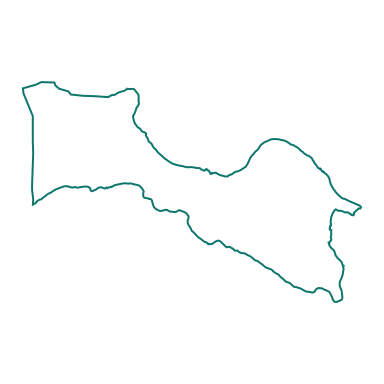 outline of South Epi, Shefa, Vanuatu
{"feature_id": "77236927B82266009819224", "entity_name": "South Epi", "entity_type": "district", "adm_level": 2, "iso_a3": "VUT", "parent_name": "Vanuatu", "parent_adm1": "Shefa", "projection": "natural_earth1", "projection_center": [168.409, -16.787], "detail": "fine", "context": "isolated", "style": "outline", "palette": "teal", "viewbox_px": 384, "rotation_deg": 0, "n_neighbors": 0, "source": "geoboundaries", "source_scale": "gbopen_adm2", "svg_char_len": 6040}
<svg xmlns="http://www.w3.org/2000/svg" viewBox="0 0 384 384"><path d="M112.3,94.8L108.0,97.1L95.1,96.2L82.9,95.8L70.8,94.5L68.4,91.4L59.1,88.7L55.5,85.6L54.4,82.5L41.4,82.1L35.6,84.8L23.0,88.3L23.4,93.1L32.8,116.1L32.8,142.1L33.2,153.1L32.1,184.4L32.1,190.1L33.2,199.4L32.9,204.6L35.8,202.9L37.3,201.1L38.4,200.3L39.8,199.6L41.3,199.3L43.2,197.6L44.6,196.5L46.2,195.4L47.2,194.4L49.1,193.4L51.0,192.5L53.1,191.0L55.9,189.4L58.7,188.3L59.6,188.1L61.2,187.3L64.2,186.3L65.7,186.2L67.7,186.2L69.0,186.9L70.0,186.9L71.2,187.4L72.2,187.5L75.5,187.1L77.7,187.7L83.1,186.7L85.1,186.6L88.0,186.7L89.1,187.4L89.8,187.8L90.4,189.2L90.7,190.4L91.2,191.0L91.9,191.2L93.2,190.8L96.1,189.5L97.2,188.6L98.5,187.8L100.2,187.4L101.3,187.3L104.9,188.5L105.5,188.2L106.3,187.5L106.9,187.7L107.3,188.1L107.6,187.7L109.7,187.4L110.3,187.1L110.5,186.9L111.1,186.7L111.6,187.0L114.7,185.2L117.7,184.5L119.8,184.1L123.0,183.4L125.0,183.3L128.6,183.6L129.9,183.4L131.2,183.5L133.7,184.2L137.3,185.0L139.3,185.6L141.5,187.8L142.7,189.5L143.7,191.4L143.3,193.0L143.1,195.3L143.6,197.1L144.9,197.9L148.2,198.4L149.0,199.0L149.9,198.9L151.1,199.3L152.0,200.6L152.2,201.8L153.2,205.2L153.9,206.9L155.3,208.5L156.6,209.4L159.5,210.8L161.0,211.0L165.5,209.8L167.2,210.0L169.7,211.5L170.7,211.5L175.2,212.2L177.1,211.3L178.7,210.3L179.6,210.4L180.4,210.5L181.4,211.0L184.3,212.0L186.2,213.1L188.3,215.9L188.6,216.9L188.6,217.8L188.3,218.8L187.8,219.8L187.6,221.4L187.8,223.0L188.4,224.9L189.3,226.1L190.5,227.9L191.2,229.7L192.2,231.3L193.3,232.0L196.5,235.5L197.9,236.8L199.3,238.1L200.7,238.8L202.3,240.2L204.9,242.1L206.3,242.3L208.1,243.6L209.4,243.9L209.2,244.1L211.0,244.1L212.3,243.8L215.2,241.8L216.2,241.2L218.3,240.6L219.5,240.9L220.6,241.6L221.3,242.3L223.0,243.9L225.3,246.2L226.3,247.1L227.5,247.2L228.8,246.8L229.8,246.9L231.6,248.1L232.7,248.5L234.6,250.5L237.5,250.7L239.2,252.2L240.2,252.5L241.0,253.1L244.3,253.3L246.0,254.1L247.7,255.2L249.0,255.7L250.6,256.5L253.5,258.8L254.7,260.1L255.9,260.6L257.5,260.9L260.0,263.0L261.9,264.1L265.0,266.9L266.6,267.8L270.9,269.3L272.2,270.1L273.0,271.2L273.8,271.8L276.2,273.5L277.8,274.1L278.8,274.9L279.5,275.9L280.7,277.1L282.0,278.0L285.2,280.9L286.0,281.8L287.1,282.1L288.5,282.5L290.2,283.4L292.8,285.8L294.2,286.9L295.3,287.1L296.5,287.2L299.7,288.2L301.4,288.9L303.3,290.1L305.1,291.0L307.2,291.8L308.8,291.8L310.1,292.0L311.9,292.6L313.4,292.4L314.6,291.7L315.1,290.6L316.1,289.3L318.4,288.0L318.9,288.0L319.2,288.2L321.9,288.3L324.1,289.6L325.7,290.1L328.4,291.4L329.2,291.9L330.0,293.0L331.1,295.2L332.1,297.3L332.7,299.2L333.7,300.9L334.9,301.9L336.7,301.8L339.3,301.0L340.2,300.3L341.2,300.0L342.0,299.2L342.3,298.2L342.4,297.1L341.7,291.3L341.3,289.7L340.6,288.5L339.6,285.2L339.7,283.4L339.9,281.6L341.7,277.7L342.1,276.2L342.7,274.8L343.0,271.9L343.5,269.8L343.5,268.2L343.2,267.0L343.7,265.8L343.2,265.4L342.8,265.5L342.4,264.6L342.1,263.3L341.5,262.1L340.7,261.0L337.4,257.8L336.6,256.6L335.7,255.6L334.4,251.4L333.6,250.2L331.0,247.7L330.2,246.6L329.2,244.9L328.9,243.8L328.7,243.0L329.2,243.1L329.5,242.8L329.5,241.9L329.8,241.4L330.4,241.3L330.8,240.9L331.3,239.7L331.3,239.0L330.9,238.1L330.8,237.3L330.8,236.5L331.0,235.7L331.3,235.2L331.2,232.0L331.3,230.1L330.6,229.5L329.9,229.6L329.7,229.0L329.7,228.1L330.0,227.7L330.1,227.1L330.0,226.3L330.3,225.6L331.0,225.4L331.1,224.8L331.0,223.9L330.7,223.1L330.7,222.1L331.0,218.1L331.4,216.5L331.7,216.0L332.4,214.0L333.5,212.0L334.6,210.3L335.7,209.4L337.2,210.1L337.9,210.8L338.8,210.7L339.5,210.9L340.2,210.6L343.4,211.6L344.7,212.3L345.3,212.5L346.7,212.2L347.8,212.4L350.1,213.7L350.4,214.1L351.0,214.3L351.4,215.0L353.3,215.3L354.1,214.4L353.7,213.6L354.0,212.6L354.5,212.4L356.2,210.5L356.8,210.3L358.6,208.5L360.1,208.6L360.7,207.9L361.0,207.0L359.5,205.5L350.0,201.5L345.6,199.3L344.1,198.7L343.2,198.7L342.0,198.1L338.1,194.7L335.6,192.0L334.7,190.6L333.8,189.6L331.9,186.4L330.9,184.5L330.2,182.4L329.7,180.5L329.5,179.1L329.0,177.8L328.0,176.1L326.0,174.0L324.7,173.1L323.8,171.9L323.1,172.0L322.9,171.3L322.3,171.4L320.8,169.6L320.8,168.9L320.4,168.6L319.6,168.9L319.3,168.4L318.7,168.3L317.9,167.7L316.5,165.5L314.5,163.1L314.1,162.3L313.9,161.5L313.4,160.9L312.8,160.6L312.6,159.7L312.2,158.9L311.6,158.0L308.8,155.9L307.1,155.4L305.8,154.4L304.8,154.0L302.8,152.0L301.8,151.4L300.8,150.7L300.2,149.8L297.6,147.6L294.7,146.0L293.5,145.2L292.4,144.8L291.1,144.6L290.2,144.1L289.8,143.6L288.0,142.5L287.2,141.8L285.7,141.2L284.0,140.4L282.6,140.2L281.7,140.2L279.9,139.6L278.8,139.3L274.1,139.0L271.3,139.3L269.5,140.0L267.8,140.9L266.1,141.5L264.1,142.5L260.8,145.0L258.1,149.3L257.0,150.3L255.5,151.5L252.5,155.1L251.5,156.0L250.4,157.8L247.5,164.0L245.7,166.8L244.8,167.3L242.2,169.1L239.9,170.5L238.3,171.2L235.2,171.9L231.8,174.3L229.0,175.2L228.5,175.7L227.6,176.4L226.0,176.5L225.0,176.4L219.9,175.0L218.1,174.2L216.7,173.2L215.7,172.6L213.9,173.2L212.9,173.2L212.1,172.8L211.7,173.1L211.4,173.9L210.6,173.8L209.8,172.6L208.9,170.6L208.0,170.6L207.5,170.3L207.0,169.4L206.1,169.1L205.5,169.7L204.9,170.5L203.9,170.6L201.0,169.3L200.0,168.3L198.5,168.0L196.5,168.1L194.5,167.4L193.2,167.4L191.6,167.1L190.3,167.1L187.6,167.3L185.6,167.0L182.5,166.1L180.9,166.0L180.0,165.6L178.3,165.4L175.6,164.6L174.5,164.4L174.1,164.1L173.4,164.0L171.3,163.0L168.1,160.9L164.2,158.1L161.8,155.8L161.1,155.2L160.4,154.6L159.0,153.4L157.5,151.9L155.9,149.6L154.1,148.1L152.8,146.3L151.9,144.3L150.6,142.8L149.2,142.0L148.5,140.9L147.9,138.8L146.0,136.0L145.8,134.9L146.2,134.5L146.1,133.8L145.6,133.0L144.8,132.4L144.0,132.2L142.7,131.8L141.3,130.6L140.6,129.5L139.6,128.4L138.1,127.5L137.0,126.4L136.3,125.2L135.1,123.9L134.2,121.6L133.3,118.3L133.1,117.2L133.1,115.8L133.7,115.0L134.3,113.9L135.3,111.6L135.9,109.8L136.4,108.1L137.0,107.0L137.9,106.1L138.8,104.1L138.9,102.2L138.4,100.9L138.6,99.6L138.7,98.3L138.6,97.2L138.6,95.3L138.3,94.7L137.6,93.5L134.2,89.3L133.0,88.9L129.0,89.0L127.0,88.7L126.3,89.6L125.2,90.3L124.0,90.9L120.4,91.9L118.3,92.6L114.8,94.8L113.6,95.2L112.3,94.8Z" fill="none" stroke="#0f766e" stroke-width="2"/></svg>